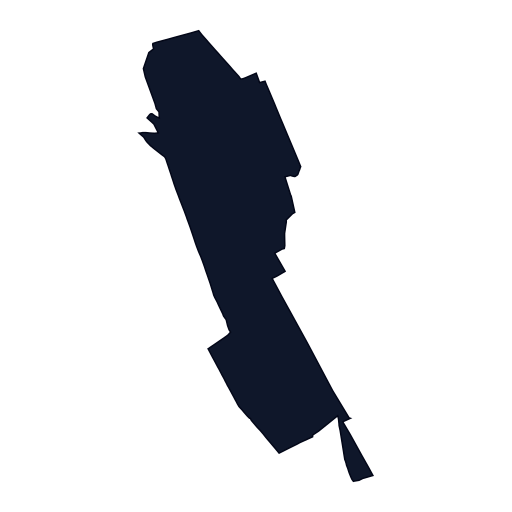 outline of San Jacinto Amilpas, Oaxaca, Mexico
{"feature_id": "50627088B74733696146426", "entity_name": "San Jacinto Amilpas", "entity_type": "district", "adm_level": 2, "iso_a3": "MEX", "parent_name": "Mexico", "parent_adm1": "Oaxaca", "projection": "albers", "projection_center": [-96.758, 17.093], "detail": "fine", "context": "isolated", "style": "filled", "palette": "ink", "viewbox_px": 512, "rotation_deg": 0, "n_neighbors": 0, "source": "geoboundaries", "source_scale": "gbopen_adm2", "svg_char_len": 3328}
<svg xmlns="http://www.w3.org/2000/svg" viewBox="0 0 512 512"><path d="M239.0,406.5L239.5,407.1L242.2,410.0L244.0,412.2L247.3,416.0L249.5,418.2L250.4,418.4L251.3,420.3L257.4,427.5L260.2,430.4L263.2,433.9L265.7,437.1L267.6,439.4L270.0,442.2L272.6,445.3L275.4,448.6L279.1,453.1L289.2,448.0L289.4,447.9L290.4,447.4L297.1,444.1L299.8,442.6L312.6,436.8L312.7,435.0L318.6,431.1L337.7,415.7L338.5,418.9L339.0,423.7L339.1,425.6L340.2,430.7L341.2,437.0L342.4,444.4L343.3,450.1L343.4,450.6L343.8,453.3L344.3,456.4L344.8,459.5L345.5,461.2L346.1,463.2L346.6,465.4L347.8,468.4L348.5,470.7L349.2,472.8L350.8,476.8L352.0,479.4L353.4,481.3L354.2,481.1L359.0,480.3L363.0,478.3L363.9,478.1L372.9,475.5L371.0,472.0L369.1,468.5L368.1,466.7L364.1,459.6L361.9,455.7L350.3,434.7L342.7,421.8L350.3,418.3L349.1,417.9L332.6,390.6L308.8,345.7L305.5,339.6L300.5,330.5L295.1,320.7L291.6,314.3L282.1,297.1L272.1,278.4L277.3,275.9L285.1,271.3L274.7,253.2L280.6,249.9L282.0,249.1L284.3,248.5L284.8,245.7L284.6,235.7L284.6,233.3L286.3,221.9L286.2,220.0L288.0,218.2L292.5,213.7L294.8,212.4L291.2,196.1L290.6,195.0L284.9,176.8L290.4,175.4L292.2,176.0L294.4,176.5L295.2,176.4L297.4,174.9L297.8,174.4L298.9,171.3L299.6,169.7L300.1,168.1L300.7,166.6L300.4,166.0L298.5,161.3L292.1,146.0L287.3,134.6L282.5,123.1L280.4,118.2L277.1,110.2L276.1,107.8L274.7,104.3L268.1,88.7L266.2,84.3L265.0,81.2L259.6,82.6L256.2,73.2L245.5,77.8L242.8,78.8L240.7,79.1L238.8,76.4L232.6,69.6L230.4,67.0L222.7,58.4L220.1,55.5L218.4,53.5L215.2,50.0L214.5,49.2L207.8,41.6L207.5,41.2L202.1,35.1L200.2,32.7L198.7,30.7L191.2,32.9L175.3,37.2L167.8,39.3L156.9,42.2L152.9,43.5L152.7,44.7L153.0,46.3L153.6,48.9L148.9,52.5L143.4,68.6L145.3,76.9L155.0,103.5L156.4,108.7L159.0,111.9L159.3,118.0L156.9,117.0L154.9,115.9L152.8,114.3L151.9,113.7L151.4,113.8L150.5,113.9L150.1,114.3L149.9,114.4L149.6,114.7L148.5,116.1L147.1,117.9L151.0,121.4L151.9,122.2L153.9,124.1L155.5,127.3L158.3,132.8L157.3,133.0L154.8,133.3L152.5,133.2L149.5,133.0L146.8,132.7L145.2,132.6L142.7,132.6L140.6,133.0L139.1,133.1L140.1,134.0L141.6,135.3L143.7,137.1L145.9,140.6L147.3,142.4L148.2,143.3L148.7,143.8L150.4,145.6L154.3,148.8L158.4,152.0L161.7,154.6L164.3,156.5L165.0,157.3L165.7,158.6L166.1,159.6L166.6,161.2L167.5,163.9L168.2,165.9L169.5,169.9L171.0,174.3L171.4,175.7L172.9,180.2L174.1,184.0L174.7,185.7L175.3,187.4L175.8,188.9L178.3,195.4L179.5,198.7L181.3,203.3L183.7,209.5L184.2,210.7L184.7,212.1L186.5,217.0L187.2,219.1L188.1,221.5L190.1,227.0L192.7,234.7L194.3,239.5L194.4,239.8L195.3,242.6L196.7,246.6L197.1,247.6L197.7,249.2L198.3,250.8L199.6,253.9L200.6,256.1L202.4,260.8L204.5,266.7L205.9,271.0L207.0,274.1L207.9,276.7L208.5,278.5L209.1,280.2L210.2,283.4L212.1,289.6L213.1,292.8L213.7,295.0L214.4,296.6L214.8,297.5L217.1,301.8L218.1,304.0L218.2,304.3L219.1,306.2L219.9,307.9L222.5,313.3L222.8,313.8L223.0,314.6L223.6,316.1L225.3,318.5L225.7,318.9L226.3,320.1L227.6,325.6L229.1,329.8L230.6,332.1L229.7,333.1L228.0,335.0L226.3,336.3L220.8,340.1L208.1,348.8L208.4,349.3L211.5,355.2L212.5,357.1L215.0,361.7L217.8,367.0L219.4,369.8L219.8,370.7L220.2,371.4L221.6,374.1L222.1,375.1L223.9,378.3L224.4,379.3L225.6,381.8L225.9,382.2L227.6,385.7L228.3,386.8L229.7,389.4L230.7,391.2L231.6,392.9L233.5,396.4L235.5,400.2L236.3,401.6L237.4,403.8L238.1,405.0L239.0,406.5Z" fill="#0f172a" stroke="#020617" stroke-width="1.5"/></svg>